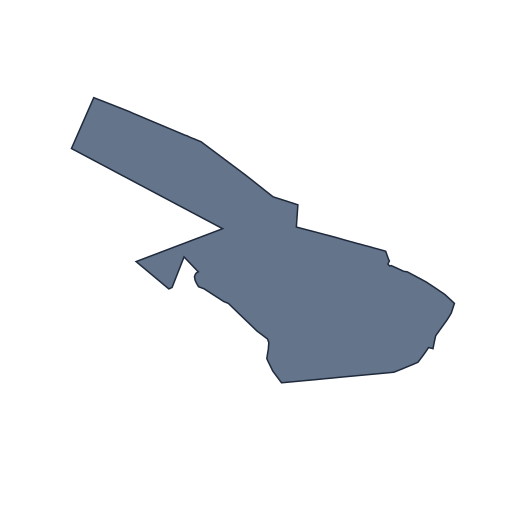 outline of San Martín Tilcajete, Oaxaca, Mexico, rotated 283°
{"feature_id": "50627088B8029202645332", "entity_name": "San Martín Tilcajete", "entity_type": "district", "adm_level": 2, "iso_a3": "MEX", "parent_name": "Mexico", "parent_adm1": "Oaxaca", "projection": "equal_earth", "projection_center": [-96.696, 16.879], "detail": "fine", "context": "isolated", "style": "filled", "palette": "slate", "viewbox_px": 512, "rotation_deg": 283, "n_neighbors": 0, "source": "geoboundaries", "source_scale": "gbopen_adm2", "svg_char_len": 1393}
<svg xmlns="http://www.w3.org/2000/svg" viewBox="0 0 512 512"><g transform="rotate(283 256 256)"><path d="M223.6,140.4L204.3,178.5L206.5,181.3L238.9,186.1L227.6,203.3L225.8,201.5L224.4,201.0L222.0,200.7L218.7,202.1L215.9,204.3L213.1,207.0L212.4,212.6L204.4,234.7L203.6,239.7L183.0,274.0L180.2,280.4L177.7,285.9L174.4,288.0L170.9,288.5L167.6,289.0L163.8,289.2L158.5,289.6L155.6,291.8L147.7,298.2L138.2,309.4L151.1,348.3L152.0,350.9L152.8,353.4L154.2,357.6L157.0,365.9L157.9,368.6L159.0,371.9L160.1,375.3L161.8,380.4L166.4,394.3L168.4,400.4L172.2,411.8L173.8,416.5L174.6,417.7L181.5,427.5L186.6,434.6L188.9,437.7L189.1,437.8L195.4,440.6L200.3,442.7L200.6,442.8L205.6,444.7L205.6,448.5L205.5,449.3L211.4,449.1L218.7,449.0L236.6,456.5L241.8,458.3L244.4,459.1L254.5,460.0L261.0,448.7L264.0,440.9L264.8,438.9L267.3,432.2L267.8,430.8L268.4,429.3L269.1,427.3L274.6,407.0L274.3,403.3L274.5,402.3L276.0,395.5L276.4,393.3L277.1,389.9L276.3,388.6L276.9,387.6L277.8,386.3L281.2,387.1L283.0,385.6L289.8,381.3L289.9,380.2L290.2,373.3L290.4,367.6L290.5,367.1L290.6,364.5L290.7,361.3L290.7,360.4L291.0,353.7L290.9,353.6L291.6,337.9L292.0,331.1L293.3,288.8L307.8,286.5L315.3,285.3L317.5,259.3L332.2,228.3L353.4,180.3L355.0,176.8L355.6,172.9L356.9,164.8L357.7,161.5L357.7,159.9L367.5,103.4L368.2,100.2L373.8,62.3L319.2,52.0L275.1,217.3L223.6,140.4Z" fill="#64748b" stroke="#1e293b" stroke-width="1.5"/></g></svg>